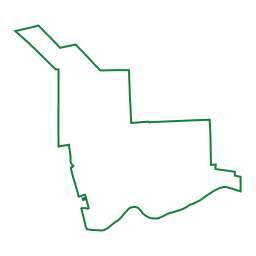 Herasti, Giurgiu, Romania (Mercator projection)
{"feature_id": "2599482B7326478622533", "entity_name": "Herasti", "entity_type": "district", "adm_level": 2, "iso_a3": "ROU", "parent_name": "Romania", "parent_adm1": "Giurgiu", "projection": "mercator", "projection_center": [26.35, 44.221], "detail": "fine", "context": "isolated", "style": "outline", "palette": "green", "viewbox_px": 256, "rotation_deg": 0, "n_neighbors": 0, "source": "geoboundaries", "source_scale": "gbopen_adm2", "svg_char_len": 4623}
<svg xmlns="http://www.w3.org/2000/svg" viewBox="0 0 256 256"><path d="M208.3,194.5L209.9,193.4L210.4,193.2L213.6,191.0L216.4,189.6L218.8,188.4L219.9,188.0L223.8,187.0L226.1,186.9L228.5,187.7L232.6,188.8L238.2,190.7L238.8,190.8L240.6,191.4L240.6,183.5L240.5,180.1L240.5,176.8L234.9,175.6L234.9,171.9L234.0,171.7L228.6,170.9L226.6,170.6L223.3,170.1L221.6,169.9L220.0,169.7L217.2,169.3L215.5,169.0L215.5,168.9L215.4,168.8L215.4,168.3L215.6,166.0L215.7,164.5L210.9,164.8L210.9,164.7L210.9,160.5L210.4,134.1L210.2,130.8L210.2,130.6L210.1,129.0L210.0,125.6L209.9,124.2L209.8,123.3L209.7,121.3L209.7,120.3L209.7,119.7L208.1,119.8L204.4,119.9L200.9,120.1L196.9,120.2L190.6,120.4L188.6,120.5L184.1,120.7L182.4,120.8L177.4,121.0L175.7,121.1L171.2,121.3L168.6,121.4L166.2,121.5L161.4,121.7L155.7,121.9L155.1,122.0L154.5,122.0L151.7,122.1L149.2,122.3L149.1,122.0L149.0,121.9L148.9,121.9L148.7,121.8L148.5,121.7L148.3,121.7L147.9,121.7L147.5,121.8L145.8,121.9L141.8,122.1L140.6,122.2L138.6,122.4L137.1,122.6L135.2,122.7L131.2,122.9L131.2,122.6L131.2,121.6L130.9,115.9L130.8,113.9L130.6,110.1L130.3,103.7L130.0,98.7L129.8,94.3L129.8,92.4L129.6,89.5L129.6,88.4L129.6,87.4L129.5,85.2L129.4,82.6L129.3,79.8L129.2,77.1L129.1,74.3L128.9,70.5L128.9,70.1L128.4,70.1L127.8,70.1L127.2,70.2L125.7,70.2L117.8,70.1L102.6,70.4L100.2,70.4L97.9,67.9L94.2,64.1L87.7,57.1L85.7,55.0L78.8,47.9L78.6,47.6L75.6,44.5L73.4,45.0L70.6,45.6L67.6,46.2L61.9,47.4L60.0,47.8L56.4,43.8L52.0,39.3L48.4,35.6L42.5,29.7L39.9,27.1L38.6,25.7L38.3,25.5L30.6,27.6L29.7,27.8L26.1,28.6L22.4,29.4L20.3,29.9L20.1,30.0L17.7,30.5L16.1,30.9L15.5,31.1L15.4,31.1L15.5,31.2L15.5,31.4L16.1,31.8L18.4,33.9L18.5,33.9L21.0,36.2L21.1,36.3L22.9,37.8L24.8,39.5L26.9,41.4L29.1,43.4L29.3,43.6L30.3,44.6L32.1,46.4L32.9,47.2L33.0,47.1L33.2,47.3L34.3,48.3L37.8,51.8L41.2,55.2L44.7,58.6L48.1,62.0L52.0,65.8L55.3,69.0L55.5,69.3L55.9,69.4L56.1,69.4L56.3,69.4L56.9,69.4L58.5,69.4L58.5,69.5L58.5,70.7L58.5,74.2L58.5,79.8L58.5,85.7L58.5,91.1L58.5,96.3L58.5,101.9L58.5,105.5L58.4,106.7L58.4,107.2L58.4,108.7L58.4,113.0L58.4,117.7L58.4,121.9L58.4,126.3L58.4,130.5L58.4,134.7L58.5,139.1L58.5,143.4L58.6,146.5L61.9,145.9L66.5,145.2L69.0,144.8L69.0,145.2L69.0,145.3L69.1,145.5L69.0,145.8L69.1,146.1L69.1,146.6L69.2,147.4L69.6,149.7L70.0,152.5L70.4,155.4L70.5,156.3L70.5,156.6L70.6,157.0L70.7,157.4L70.6,157.7L70.6,157.9L70.6,158.0L70.5,158.3L70.5,158.5L70.5,158.8L70.5,159.5L70.5,160.3L70.5,161.0L70.5,161.4L70.5,161.5L70.6,161.9L70.7,162.2L70.8,162.6L70.9,162.8L71.0,163.0L71.3,163.4L71.4,163.5L71.6,163.9L71.8,164.1L71.9,164.3L72.0,164.5L72.3,165.0L72.5,165.1L72.8,165.3L73.0,165.4L73.2,165.5L73.3,165.6L73.4,165.8L73.4,166.0L73.2,166.3L72.9,166.5L72.7,166.5L72.2,166.9L72.0,167.1L71.6,167.3L71.3,167.6L71.1,167.8L70.9,167.9L70.9,168.1L70.8,168.3L70.9,168.6L71.0,169.0L71.4,170.5L71.9,172.4L72.4,174.3L72.9,176.2L73.4,178.2L73.7,179.5L73.9,179.9L74.5,181.8L74.9,182.7L75.0,183.2L75.2,183.7L75.6,185.5L76.1,187.3L76.7,189.2L77.1,190.8L77.6,192.4L77.7,192.8L78.0,193.8L78.2,194.7L78.5,196.3L78.7,196.6L80.3,196.2L82.2,195.5L84.4,194.8L84.9,194.7L85.3,195.7L85.8,196.8L85.9,197.7L82.5,198.5L82.9,199.9L86.3,199.1L87.3,203.1L88.2,206.3L88.7,208.2L87.6,208.6L85.0,208.1L83.2,208.1L82.3,208.1L81.4,208.2L81.3,208.3L81.4,208.5L81.5,209.0L81.6,209.5L81.7,209.8L82.0,211.0L82.3,212.5L82.5,213.3L82.6,213.7L82.9,214.6L82.9,214.8L83.0,214.9L83.0,215.1L83.1,215.3L83.1,215.7L83.2,216.0L83.3,216.5L83.7,217.9L84.2,220.0L84.3,220.6L84.4,220.8L84.6,221.7L84.8,222.8L85.0,223.1L84.9,223.2L85.0,223.6L85.2,224.3L85.5,225.7L85.5,226.1L86.1,227.6L86.5,228.4L87.0,229.3L88.0,229.3L90.0,229.7L91.4,229.9L92.5,230.1L94.6,230.1L96.2,230.1L98.4,230.3L101.3,230.5L102.2,230.4L103.1,230.3L103.8,230.1L105.1,229.4L106.4,228.8L108.2,227.8L109.8,226.4L111.2,225.3L112.6,224.2L114.7,222.5L115.9,221.7L117.9,220.4L119.1,219.4L120.6,218.0L122.0,216.5L123.4,214.7L124.6,213.3L126.1,211.6L127.9,209.6L129.1,208.4L130.6,207.6L132.1,207.2L133.6,207.0L135.2,207.0L136.5,207.3L137.3,207.5L137.7,207.7L138.3,208.1L139.0,208.8L139.9,209.7L140.7,210.6L141.6,211.6L142.1,212.4L142.6,213.2L143.3,213.9L144.2,214.6L145.1,215.4L146.8,216.4L148.7,217.4L150.3,218.0L152.4,218.3L153.7,218.4L154.5,218.4L155.8,218.5L157.5,218.4L158.1,218.3L158.7,218.1L161.2,217.1L163.5,216.1L166.2,214.5L168.1,213.7L169.3,213.1L170.0,212.9L171.8,212.5L174.1,211.9L176.8,211.0L179.6,210.1L182.6,209.1L184.3,208.3L186.5,207.1L187.9,206.2L189.0,205.2L190.0,204.7L190.3,204.6L190.9,204.5L191.6,204.3L192.6,204.0L193.9,203.3L195.4,202.6L196.7,202.0L198.3,201.2L199.8,200.5L201.3,199.5L201.8,199.1L204.1,197.3L208.3,194.5Z" fill="none" stroke="#15803d" stroke-width="2"/></svg>